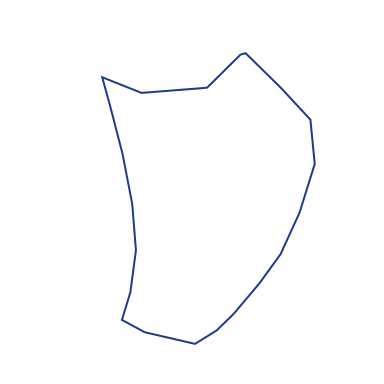 Middlesbrough, orthographic projection, rotated 193°
{"feature_id": "GBR-2031", "entity_name": "Middlesbrough", "entity_type": "Unitary Authority", "adm_level": 1, "iso_a3": "GBR", "parent_name": "United Kingdom", "parent_adm1": "", "projection": "orthographic", "projection_center": [-1.245, 54.532], "detail": "fine", "context": "isolated", "style": "outline", "palette": "blue", "viewbox_px": 384, "rotation_deg": 193, "n_neighbors": 0, "source": "natural_earth", "source_scale": "10m", "svg_char_len": 430}
<svg xmlns="http://www.w3.org/2000/svg" viewBox="0 0 384 384"><g transform="rotate(193 192 192)"><path d="M206.4,44.7L231.5,51.6L229.5,80.3L233.5,122.6L247.6,167.0L268.3,213.6L291.5,258.1L305.3,283.6L263.5,277.2L200.8,297.0L175.7,336.7L171.0,339.3L129.0,313.6L92.9,289.1L78.7,246.9L82.6,195.8L91.7,151.4L105.8,118.1L124.0,82.6L136.8,62.7L154.9,44.7L175.4,44.7L206.4,44.7Z" fill="none" stroke="#1e3a8a" stroke-width="2"/></g></svg>